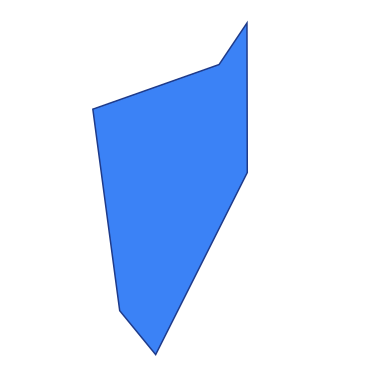 the district of Falls Church, Virginia, United States of America, rotated 71°
{"feature_id": "52423323B27859603435380", "entity_name": "Falls Church", "entity_type": "district", "adm_level": 2, "iso_a3": "USA", "parent_name": "United States of America", "parent_adm1": "Virginia", "projection": "equal_earth", "projection_center": [-77.175, 38.886], "detail": "fine", "context": "isolated", "style": "filled", "palette": "blue", "viewbox_px": 384, "rotation_deg": 71, "n_neighbors": 0, "source": "geoboundaries", "source_scale": "gbopen_adm2", "svg_char_len": 250}
<svg xmlns="http://www.w3.org/2000/svg" viewBox="0 0 384 384"><g transform="rotate(71 192 192)"><path d="M191.6,133.4L50.1,85.0L80.3,124.9L81.4,258.8L280.7,299.0L333.9,279.3L191.6,133.4Z" fill="#3b82f6" stroke="#1e3a8a" stroke-width="1.5"/></g></svg>